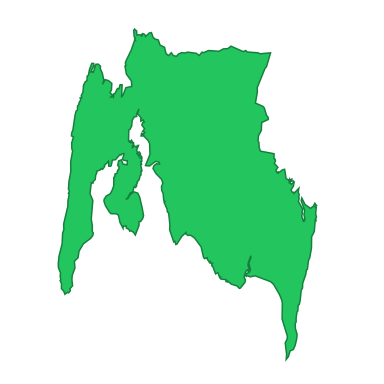 outline of Micheweni, Kaskazini-Pemba, United Republic of Tanzania, rotated 187°
{"feature_id": "72390352B10041948883658", "entity_name": "Micheweni", "entity_type": "district", "adm_level": 2, "iso_a3": "TZA", "parent_name": "United Republic of Tanzania", "parent_adm1": "Kaskazini-Pemba", "projection": "equal_earth", "projection_center": [39.804, -4.957], "detail": "fine", "context": "isolated", "style": "filled", "palette": "green", "viewbox_px": 384, "rotation_deg": 187, "n_neighbors": 0, "source": "geoboundaries", "source_scale": "gbopen_adm2", "svg_char_len": 6037}
<svg xmlns="http://www.w3.org/2000/svg" viewBox="0 0 384 384"><g transform="rotate(187 192 192)"><path d="M262.7,341.7L265.9,341.2L266.6,345.1L269.0,346.7L269.5,345.2L268.3,339.0L267.1,338.0L267.6,336.8L266.6,335.5L267.5,335.4L269.6,325.6L273.5,314.0L273.9,312.2L273.0,309.4L273.9,308.9L271.5,301.0L265.6,294.7L264.7,289.4L270.3,287.5L272.5,279.1L273.5,278.1L274.4,289.9L276.4,289.7L277.1,285.6L278.6,285.6L280.6,280.1L281.8,279.8L281.4,275.4L281.6,277.7L284.0,276.5L282.8,278.5L285.4,280.6L284.4,283.7L284.8,290.0L288.3,292.3L291.9,293.0L293.8,287.9L293.2,292.3L295.4,298.8L298.1,303.4L298.1,305.6L300.7,307.5L302.9,307.1L304.7,298.0L304.9,299.5L307.2,298.7L304.7,305.4L305.2,307.6L307.1,307.5L308.7,301.1L309.0,295.4L310.2,294.2L309.8,289.6L311.3,288.6L312.7,284.7L312.4,277.8L313.7,274.0L312.9,272.2L314.5,271.7L313.7,269.9L315.1,266.6L314.8,265.3L316.1,263.4L315.7,259.3L316.9,258.2L317.4,254.6L317.8,239.2L318.6,235.8L318.5,233.0L316.4,232.3L317.4,226.0L316.5,220.1L315.5,218.2L316.1,207.2L314.8,197.6L315.4,187.9L315.0,179.8L313.8,178.1L314.5,175.4L313.6,174.8L314.1,168.2L313.5,162.8L315.5,144.5L314.6,139.2L315.4,135.4L314.6,124.7L316.2,111.9L316.0,104.5L315.3,100.4L312.6,95.6L312.6,92.4L311.6,89.2L312.1,88.0L310.4,85.2L309.8,80.1L307.2,77.9L305.7,75.0L303.4,77.2L302.1,76.9L300.7,79.3L301.4,81.0L299.1,84.4L300.5,90.3L300.7,94.9L298.9,102.3L300.3,108.9L297.1,112.9L296.9,119.5L293.6,127.2L286.9,133.7L285.1,136.8L285.0,139.3L286.1,140.6L286.8,146.4L288.7,152.9L289.4,171.6L293.0,177.8L293.1,189.0L291.4,188.7L291.2,190.5L289.6,192.5L289.6,197.3L288.8,199.4L289.3,200.9L286.0,202.5L284.9,204.3L283.9,203.5L283.0,204.3L281.9,206.5L282.2,207.6L278.7,212.3L277.8,207.5L276.3,207.5L275.4,208.3L274.9,213.9L271.8,214.8L268.1,220.4L267.1,220.0L265.6,221.7L264.2,221.7L264.9,216.2L263.5,215.1L260.0,215.1L259.7,211.2L263.7,211.2L266.1,215.3L268.6,214.0L269.0,209.4L267.5,208.0L267.4,205.6L268.4,204.6L268.8,201.4L270.7,200.4L270.5,198.2L271.4,196.8L270.4,188.8L271.4,184.3L272.9,180.3L276.6,177.6L278.3,174.1L278.3,172.2L276.3,168.0L271.4,161.8L269.7,160.6L264.7,161.1L262.3,160.2L259.7,152.9L256.0,147.5L256.0,149.8L253.1,150.1L252.7,148.1L250.2,147.4L249.0,145.5L247.9,146.2L245.2,144.9L243.0,142.4L240.5,152.5L241.0,156.1L239.4,156.4L237.7,159.7L237.2,162.6L239.5,170.1L243.4,180.7L245.7,184.3L249.8,185.1L253.7,180.9L254.6,178.0L256.8,176.5L255.2,178.3L253.1,183.6L250.8,184.8L250.1,190.2L248.6,189.6L247.7,191.2L247.8,192.5L248.4,192.5L247.3,194.4L247.7,195.3L246.0,197.6L245.5,201.7L244.7,202.7L245.1,206.4L244.2,206.8L246.3,213.0L245.4,213.4L246.6,215.9L245.6,216.2L246.0,219.2L247.4,219.5L246.0,220.5L247.9,222.6L248.9,221.0L249.2,221.9L247.9,223.9L249.3,225.4L250.4,224.6L250.4,222.6L251.5,223.5L250.8,224.6L252.1,226.6L250.8,231.7L252.0,231.4L252.2,229.5L254.9,230.8L256.5,229.0L256.7,230.8L255.6,231.6L256.1,233.8L256.8,233.1L257.8,235.1L258.3,232.9L258.6,234.9L259.1,233.6L260.2,233.9L259.9,235.1L261.2,235.0L262.3,245.8L261.1,246.7L259.9,250.3L260.1,255.8L258.6,259.3L256.1,260.3L256.5,262.4L254.8,268.1L255.5,263.0L251.2,259.1L251.9,258.4L251.4,256.0L249.3,257.6L247.9,255.6L249.3,255.0L250.0,252.4L246.8,249.0L248.4,246.1L246.3,245.7L246.3,244.9L247.5,243.8L249.2,244.1L249.4,241.4L247.8,241.6L248.5,243.7L246.9,242.9L246.6,241.6L241.9,237.8L240.0,235.0L238.3,224.3L241.4,212.6L237.4,212.6L231.8,218.0L228.0,217.4L227.6,215.7L230.8,215.7L233.0,213.4L233.6,210.6L230.0,205.9L223.7,200.8L222.0,197.1L223.0,193.5L222.2,189.8L220.5,187.0L219.0,180.2L217.6,179.2L218.5,178.5L214.6,171.9L214.1,169.4L212.6,168.2L209.9,156.5L209.6,151.7L204.0,140.2L203.1,141.0L201.6,137.9L200.7,138.4L196.8,146.6L193.1,151.0L192.8,149.5L190.7,148.4L188.2,149.0L183.8,146.6L176.3,138.7L172.5,128.3L171.3,127.4L168.8,128.6L168.7,127.3L165.9,124.0L165.3,125.0L164.9,123.7L162.9,123.7L163.6,122.2L163.2,120.9L162.3,120.6L158.6,113.6L156.4,115.1L154.8,111.7L153.2,111.2L154.1,110.4L152.7,109.1L147.6,109.1L147.4,107.4L145.9,108.0L146.0,107.0L144.4,107.1L141.8,105.3L135.9,104.3L133.3,102.1L132.3,102.5L128.5,108.5L128.2,111.2L129.9,113.7L128.8,120.0L127.6,121.5L126.7,121.3L126.8,119.6L125.6,121.7L127.5,126.1L127.6,128.6L125.9,135.8L125.5,134.3L126.9,128.1L124.5,122.1L125.2,119.6L128.5,117.2L128.8,115.9L127.8,114.9L126.8,115.7L124.0,114.8L119.2,116.5L103.1,112.6L99.6,110.1L92.5,100.6L89.7,95.5L88.8,92.7L87.1,76.9L79.8,60.6L79.7,57.4L81.1,53.6L78.3,42.4L78.1,37.3L76.3,40.3L75.2,46.3L72.2,48.0L70.9,52.5L70.2,59.0L70.3,63.4L72.7,69.0L73.6,73.8L72.8,75.7L73.3,79.7L73.2,85.6L72.5,86.7L72.8,92.3L71.8,93.5L71.4,98.0L71.6,107.5L70.6,110.3L71.0,114.9L69.0,124.1L69.0,128.3L68.0,129.4L68.1,137.8L67.1,141.3L66.6,151.0L67.8,162.1L65.8,167.7L66.2,177.5L65.4,178.2L65.6,179.6L66.3,179.5L65.4,182.4L66.6,185.1L66.8,191.7L68.1,192.2L66.6,193.6L68.7,195.8L69.9,192.7L72.3,190.2L78.2,193.3L82.3,199.4L82.6,196.7L78.0,187.7L78.0,182.6L76.6,179.2L77.2,179.0L76.8,177.0L78.0,176.6L80.3,182.0L79.7,183.7L80.4,186.1L80.0,188.4L85.2,195.5L84.9,199.1L85.6,200.3L85.2,202.2L86.6,204.8L86.4,208.7L90.5,203.2L90.6,204.1L92.5,204.0L94.0,206.1L92.1,210.0L91.8,214.6L92.6,215.1L92.7,213.3L94.5,211.9L96.0,212.8L95.5,214.5L94.1,215.1L94.5,217.0L96.2,215.8L96.6,216.6L97.0,214.6L97.4,215.8L100.2,216.6L102.8,225.8L104.5,225.3L108.9,221.2L109.1,222.4L110.3,221.8L111.4,223.9L109.7,227.0L113.7,230.3L113.0,233.1L113.5,234.7L114.7,235.1L115.2,240.0L129.1,240.9L130.8,244.5L131.6,249.4L132.7,250.8L132.9,255.8L130.7,261.6L131.3,269.4L125.1,273.3L125.3,275.0L127.4,277.3L130.6,284.4L132.2,285.7L139.9,288.0L139.3,299.3L140.0,303.5L134.6,323.6L133.3,325.5L131.0,339.7L141.2,337.5L143.5,338.2L154.4,337.7L155.8,339.0L158.4,337.6L171.1,341.5L173.9,338.7L178.5,337.8L182.2,335.0L193.0,334.4L197.3,331.7L199.1,332.1L201.4,328.4L204.7,330.2L213.3,330.3L216.4,329.0L219.2,329.1L222.1,327.4L224.0,324.8L227.2,325.1L229.5,327.7L232.0,324.5L234.7,326.3L236.9,332.3L241.7,334.0L244.0,338.8L247.6,339.4L249.6,341.0L251.7,345.3L253.7,344.7L257.0,340.7L258.1,342.6L260.1,343.3L261.1,342.4L260.4,341.5L261.0,340.6L262.7,341.7Z" fill="#22c55e" stroke="#15803d" stroke-width="1.5"/></g></svg>